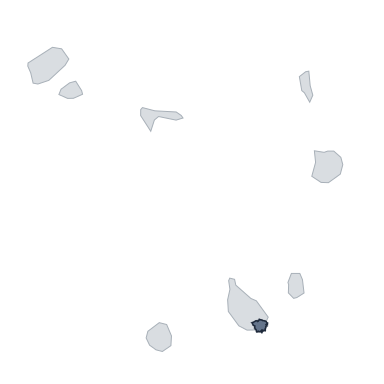 Nossa Senhora Da Graca, Praia, Cabo Verde (highlighted), rotated 355°
{"feature_id": "66160863B19025383966327", "entity_name": "Nossa Senhora Da Graca", "entity_type": "district", "adm_level": 2, "iso_a3": "CPV", "parent_name": "Cabo Verde", "parent_adm1": "Praia", "projection": "robinson", "projection_center": [-23.509, 14.948], "detail": "fine", "context": "in_parent", "style": "filled", "palette": "slate", "viewbox_px": 384, "rotation_deg": 355, "n_neighbors": 0, "source": "geoboundaries", "source_scale": "gbopen_adm2", "svg_char_len": 4385}
<svg xmlns="http://www.w3.org/2000/svg" viewBox="0 0 384 384"><g transform="rotate(355 192 192)"><path d="M257.0,323.3L250.1,335.4L234.8,334.4L227.0,329.4L217.8,314.2L218.1,302.5L221.3,292.3L220.8,283.5L222.1,281.1L226.8,282.7L227.5,288.6L241.4,303.2L246.6,306.0L257.0,323.3ZM59.1,68.3L47.9,71.0L43.2,69.7L41.7,59.2L39.4,52.3L39.9,49.2L65.6,35.7L74.6,38.0L80.9,48.8L76.6,54.7L59.1,68.3ZM317.5,161.6L327.1,164.0L330.7,163.1L336.8,163.6L343.3,170.5L344.6,177.9L341.3,187.1L328.7,194.6L321.4,193.7L312.7,186.8L317.7,173.3L317.5,161.6ZM157.6,343.2L148.6,348.3L142.4,346.1L136.4,340.9L133.6,333.4L135.9,326.9L148.0,319.3L155.2,321.8L159.0,333.6L157.6,343.2ZM183.2,110.9L187.9,114.8L189.5,117.5L182.4,119.0L165.3,113.9L160.8,117.0L156.2,127.9L147.5,111.4L148.1,105.4L150.0,103.6L162.1,107.9L183.2,110.9ZM287.2,306.3L284.0,306.8L279.2,300.9L280.2,292.7L279.7,290.5L283.9,281.8L292.3,282.5L294.4,289.0L294.8,302.4L287.2,306.3ZM91.5,85.1L82.1,88.3L76.2,87.9L67.9,83.3L70.5,78.2L79.6,72.6L85.8,71.5L90.9,81.4L91.5,85.1ZM320.8,106.1L317.1,112.8L312.6,102.9L310.2,100.6L309.0,86.4L315.7,82.1L318.9,81.8L319.0,96.5L320.8,106.1Z" fill="#d9dde1" stroke="#a8b0b8" stroke-width="1"/><path d="M250.4,325.8L250.3,325.7L250.2,325.5L249.9,325.4L249.7,325.3L249.4,325.3L249.3,325.2L249.2,325.2L249.1,325.3L248.8,325.1L248.7,325.1L248.2,324.8L248.2,325.2L247.8,325.2L247.7,325.2L247.5,325.3L247.5,325.6L247.3,325.8L247.1,325.6L246.8,325.6L246.6,325.9L246.7,326.0L246.5,326.4L246.5,326.5L246.3,326.5L246.2,326.6L246.0,326.2L245.8,326.3L245.7,326.3L245.4,326.0L245.1,326.0L245.0,325.9L244.8,325.8L244.5,325.9L244.1,326.1L243.9,326.0L243.6,326.3L243.4,326.4L243.0,326.5L242.9,326.5L242.2,326.9L242.2,327.0L241.9,327.1L241.7,327.1L241.1,327.2L240.8,327.3L240.6,327.3L240.4,327.4L240.6,327.5L240.6,327.8L240.7,328.0L240.7,328.3L240.7,328.5L240.8,328.6L240.9,328.8L241.0,328.8L241.1,329.1L241.2,329.3L241.2,329.7L241.2,329.8L241.3,329.8L241.5,330.1L241.8,330.2L241.9,330.3L242.1,330.5L242.5,330.7L242.5,330.8L242.5,331.0L242.8,331.0L242.7,331.3L242.9,331.7L242.9,331.9L242.9,332.0L242.7,332.3L242.6,332.5L242.8,332.5L242.8,332.8L242.7,333.1L242.8,333.3L242.9,333.5L242.9,333.8L242.9,334.0L243.1,334.2L243.2,334.3L243.5,334.2L243.8,334.6L243.8,334.8L243.9,335.0L244.0,335.2L244.1,335.3L244.0,335.5L244.1,335.8L244.0,336.0L244.0,336.3L244.0,336.5L244.2,336.9L244.2,337.0L244.3,337.0L244.5,337.1L244.8,337.0L245.0,337.0L245.0,336.9L245.3,336.9L245.4,336.7L245.5,336.7L245.5,336.8L245.7,336.7L245.7,336.8L245.8,336.8L246.0,336.9L245.9,337.0L246.0,337.0L246.2,336.9L246.2,337.0L246.3,337.0L246.5,337.1L246.8,337.2L247.0,337.1L247.3,337.1L247.6,337.1L247.8,337.1L248.0,337.1L248.1,336.9L248.2,337.0L248.3,337.1L248.3,337.3L248.5,337.3L248.6,337.2L248.8,336.9L248.9,337.0L249.1,337.0L249.1,337.3L249.1,337.2L249.1,337.3L249.3,337.4L249.3,337.5L249.4,337.4L249.5,337.5L249.5,337.4L249.5,337.5L249.6,337.4L249.3,337.1L249.4,336.9L249.5,336.7L249.4,336.5L249.4,336.3L249.3,336.1L249.4,335.9L249.5,335.8L249.4,335.8L249.5,335.7L249.7,335.4L249.9,335.3L250.0,335.3L250.2,335.1L250.1,335.3L250.2,335.5L250.5,335.8L250.4,335.9L250.8,336.2L250.6,336.4L250.7,336.5L250.8,336.2L251.0,336.2L251.3,336.3L251.5,336.3L251.5,336.2L251.8,336.1L252.2,336.1L252.3,336.0L252.5,336.2L252.5,336.4L252.5,336.6L252.8,336.7L253.0,336.3L253.0,336.1L253.1,335.8L253.1,335.7L253.0,335.4L253.0,335.2L253.1,334.9L253.0,334.7L253.0,334.4L253.2,334.2L253.3,334.1L253.4,333.9L253.6,333.9L253.7,333.7L253.8,333.4L253.9,333.1L253.8,332.9L253.7,332.7L253.8,332.5L253.8,332.4L254.0,332.2L254.3,332.1L254.4,331.9L254.5,331.9L254.4,331.8L254.4,331.7L254.5,331.7L254.7,331.4L254.8,331.3L254.8,331.1L254.8,330.9L254.7,330.8L254.8,330.8L254.7,330.8L254.6,330.7L254.5,330.8L254.3,330.8L254.2,330.7L254.2,330.4L254.4,330.3L254.5,330.6L254.8,330.5L254.8,330.4L254.9,330.2L255.0,330.3L255.0,330.2L255.3,330.0L255.4,329.8L255.5,329.9L255.5,329.7L255.6,329.8L255.6,329.7L255.6,329.4L255.8,329.3L255.9,329.2L255.6,329.0L255.4,329.0L255.3,328.9L255.3,328.7L255.2,328.7L255.1,328.3L255.2,328.0L255.2,327.9L255.4,327.9L255.2,327.9L254.9,327.8L254.6,327.5L254.3,327.5L253.9,326.9L253.2,326.9L253.1,326.7L252.7,326.5L252.4,326.4L252.2,326.4L251.7,326.4L251.4,326.4L251.3,326.2L251.1,326.1L251.0,325.9L250.8,325.9L250.6,325.7L250.4,325.8ZM249.7,336.2L249.6,336.3L249.6,336.5L249.8,336.8L249.9,336.6L249.7,336.2Z" fill="#64748b" stroke="#1e293b" stroke-width="1.5"/></g></svg>